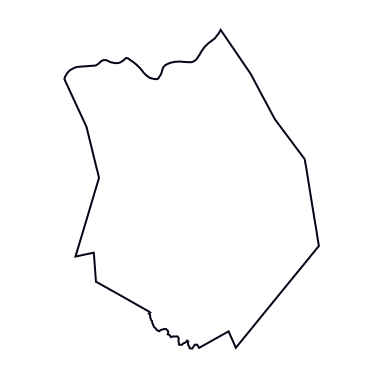 Corrente, Piauí, Brazil, rotated 85°
{"feature_id": "56859067B28200345020958", "entity_name": "Corrente", "entity_type": "district", "adm_level": 2, "iso_a3": "BRA", "parent_name": "Brazil", "parent_adm1": "Piauí", "projection": "mercator", "projection_center": [-45.151, -10.393], "detail": "fine", "context": "isolated", "style": "outline", "palette": "ink", "viewbox_px": 384, "rotation_deg": 85, "n_neighbors": 0, "source": "geoboundaries", "source_scale": "gbopen_adm2", "svg_char_len": 1659}
<svg xmlns="http://www.w3.org/2000/svg" viewBox="0 0 384 384"><g transform="rotate(85 192 192)"><path d="M351.0,161.9L298.2,110.6L283.2,96.0L256.8,70.3L246.5,71.1L241.5,71.4L230.2,72.3L208.6,73.9L179.2,76.0L169.1,76.9L126.6,103.2L109.8,110.3L101.8,113.8L79.7,123.1L33.0,149.3L35.7,151.1L41.0,155.9L45.1,162.5L48.5,166.7L52.3,170.0L56.3,172.8L60.6,176.4L62.3,179.6L62.6,181.5L62.4,184.4L61.0,192.8L60.9,195.6L60.8,197.0L61.3,201.7L62.2,204.8L63.2,207.5L64.9,209.4L66.0,210.2L70.4,211.9L72.7,213.1L73.7,214.1L75.0,214.9L76.2,216.1L76.5,217.5L76.2,219.6L75.1,223.0L74.3,224.5L72.7,226.4L70.0,229.0L64.6,232.6L60.2,236.3L56.2,240.6L55.2,242.1L53.4,243.9L52.8,245.5L53.2,246.8L54.5,248.2L55.7,250.3L56.6,252.0L57.1,253.9L57.1,255.6L56.7,258.1L55.7,261.6L53.2,265.8L52.9,268.4L53.4,270.6L55.9,273.8L57.0,275.6L57.6,277.3L57.4,295.3L58.1,298.6L59.7,302.3L60.8,304.0L62.9,306.1L66.3,308.5L68.4,309.3L114.1,292.8L118.1,291.4L160.3,284.9L161.8,284.6L169.8,283.4L182.9,288.6L206.2,297.8L246.1,313.7L243.9,295.1L273.0,295.5L285.9,276.5L307.3,245.4L308.4,244.1L309.5,245.6L310.6,244.6L313.0,244.5L315.8,244.0L317.1,243.1L318.6,243.0L320.3,242.5L321.8,242.0L323.1,241.7L324.6,240.1L326.6,239.0L327.8,236.8L326.9,235.4L326.3,233.0L326.1,231.5L326.2,229.8L328.6,227.9L330.2,228.0L331.7,228.6L332.4,227.0L334.8,225.5L334.2,223.8L334.4,222.0L334.6,219.1L336.5,217.9L339.3,218.5L341.2,218.2L342.9,218.3L343.4,215.5L342.0,213.7L341.6,212.4L340.8,210.7L339.6,209.8L340.5,208.7L341.9,209.2L344.4,209.1L345.8,208.1L347.5,207.9L348.0,205.5L346.1,203.9L344.3,202.5L344.6,200.3L346.3,199.3L347.9,198.5L334.0,167.7L351.0,161.9Z" fill="none" stroke="#020617" stroke-width="2"/></g></svg>